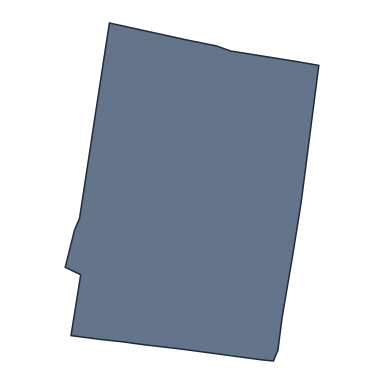 Dois Irmãos, Rio Grande do Sul, Brazil
{"feature_id": "56859067B39393866453324", "entity_name": "Dois Irmãos", "entity_type": "district", "adm_level": 2, "iso_a3": "BRA", "parent_name": "Brazil", "parent_adm1": "Rio Grande do Sul", "projection": "albers", "projection_center": [-51.091, -29.598], "detail": "fine", "context": "isolated", "style": "filled", "palette": "slate", "viewbox_px": 384, "rotation_deg": 0, "n_neighbors": 0, "source": "geoboundaries", "source_scale": "gbopen_adm2", "svg_char_len": 419}
<svg xmlns="http://www.w3.org/2000/svg" viewBox="0 0 384 384"><path d="M292.1,258.9L301.2,202.2L318.8,65.4L298.7,61.9L230.6,51.0L216.6,46.0L184.1,39.4L109.4,23.0L93.9,123.8L90.1,149.1L79.5,218.5L74.5,230.1L65.2,267.3L80.7,274.8L71.0,335.6L100.8,339.5L120.8,341.6L144.4,344.8L178.3,348.7L260.3,359.7L273.4,361.0L278.0,350.0L279.5,337.8L282.3,316.3L292.1,258.9Z" fill="#64748b" stroke="#1e293b" stroke-width="1.5"/></svg>